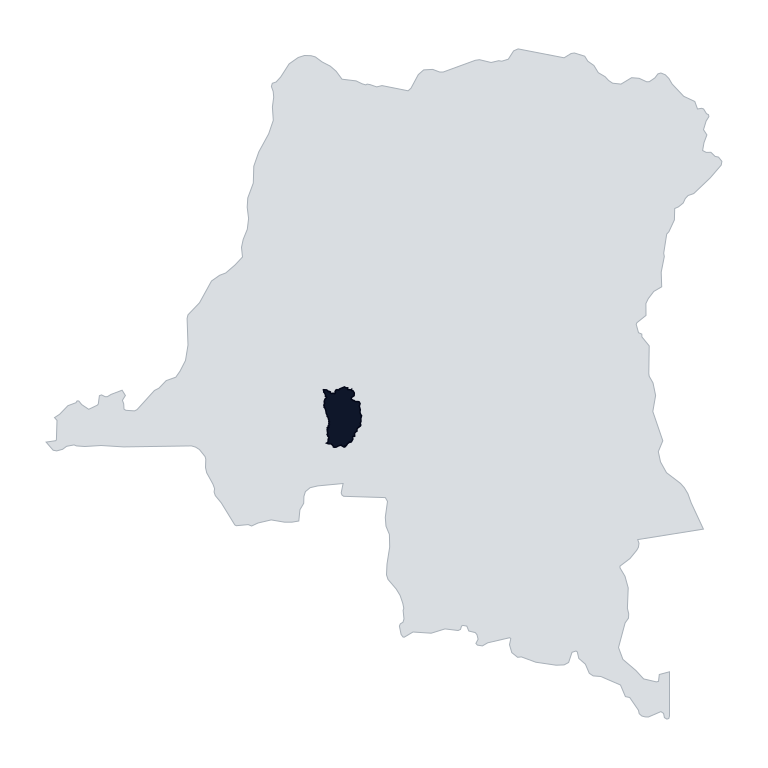 location of Ilebo, Kasaï-Occidental, Democratic Republic of the Congo
{"feature_id": "63176286B19501088760626", "entity_name": "Ilebo", "entity_type": "district", "adm_level": 2, "iso_a3": "COD", "parent_name": "Democratic Republic of the Congo", "parent_adm1": "Kasaï-Occidental", "projection": "mercator", "projection_center": [20.49, -5.056], "detail": "medium", "context": "in_parent", "style": "filled", "palette": "ink", "viewbox_px": 768, "rotation_deg": 0, "n_neighbors": 0, "source": "geoboundaries", "source_scale": "gbopen_adm2", "svg_char_len": 5513}
<svg xmlns="http://www.w3.org/2000/svg" viewBox="0 0 768 768"><path d="M703.4,529.1L637.7,539.6L639.0,543.3L638.4,547.3L636.7,550.3L630.0,558.5L620.0,566.1L620.0,567.9L625.0,576.3L628.2,587.9L627.4,608.3L628.7,613.8L628.5,618.1L625.1,622.9L618.5,647.5L622.9,659.4L636.0,670.6L643.6,678.9L656.4,681.9L658.5,681.4L659.3,674.5L669.5,671.8L669.5,716.0L668.8,718.5L666.9,719.1L664.4,717.6L663.6,713.4L660.9,711.6L648.4,717.0L645.2,716.9L641.8,716.0L639.2,713.7L638.5,710.3L629.7,697.5L625.4,696.6L620.5,685.0L600.8,676.5L593.2,675.9L589.3,673.3L585.4,664.2L578.8,658.4L577.3,651.9L576.0,651.0L572.0,652.3L568.6,662.5L564.1,664.9L556.1,665.2L535.8,662.2L521.4,656.9L517.6,657.3L511.8,652.6L509.5,644.7L510.8,638.6L509.7,637.7L487.7,642.8L482.4,645.9L477.4,645.1L475.9,643.4L478.1,639.2L477.0,634.7L475.3,632.6L468.8,631.0L466.8,626.1L462.8,625.4L461.5,626.1L460.5,629.4L458.1,630.5L445.0,628.9L431.2,633.2L413.0,632.0L404.2,637.2L403.0,637.0L401.1,634.4L399.4,626.1L400.3,623.9L403.0,622.2L404.0,618.9L403.1,610.3L403.8,608.3L402.8,603.3L400.1,595.4L396.2,589.0L388.0,579.4L386.5,574.8L387.0,564.1L389.7,547.0L389.4,534.4L386.0,526.2L385.3,517.3L387.5,501.4L385.3,497.6L343.7,496.3L342.0,495.1L341.2,492.9L343.1,483.5L317.7,485.9L310.1,487.7L305.4,491.6L303.9,496.4L303.7,503.3L299.9,509.8L298.8,521.0L291.8,522.2L284.7,522.2L271.2,519.9L258.0,523.0L251.6,526.0L248.2,524.6L236.3,525.7L234.8,524.9L221.3,502.9L215.3,495.6L214.1,492.0L214.6,488.6L212.9,484.0L206.7,472.8L205.5,467.5L205.8,459.3L205.1,456.6L199.4,449.5L195.6,447.1L191.5,445.9L123.6,446.9L101.1,445.5L84.7,446.5L76.4,445.9L74.1,444.9L66.6,446.3L62.6,449.3L56.7,450.9L53.1,450.2L46.1,442.1L55.7,440.7L56.4,439.9L57.0,420.4L54.5,417.6L59.6,414.3L67.9,405.7L76.0,402.7L77.1,400.9L78.8,401.0L81.7,404.6L88.7,409.3L97.3,405.2L98.3,404.0L99.4,395.7L101.5,394.9L105.2,396.7L107.3,396.7L111.1,394.4L122.1,390.2L125.4,395.5L122.4,400.3L123.7,403.8L124.0,409.1L125.8,410.3L134.5,410.9L137.1,409.6L154.4,390.5L158.9,388.2L166.2,380.6L175.8,377.2L180.0,371.2L185.5,360.5L188.0,345.1L187.1,318.4L188.0,314.8L199.5,302.8L211.5,281.0L219.6,275.3L225.7,273.0L235.0,265.0L242.5,257.0L241.5,247.4L243.2,239.4L247.3,229.3L248.6,218.5L247.2,207.2L247.8,197.9L253.3,183.1L253.8,166.2L258.8,151.9L268.7,133.8L273.3,120.3L272.4,107.0L273.7,97.2L273.2,91.5L271.4,86.5L272.3,83.3L276.1,82.0L280.7,77.0L289.1,63.9L298.2,57.5L304.5,55.5L311.0,55.7L315.3,56.9L322.2,62.0L330.2,66.1L336.1,71.2L342.0,79.2L356.1,80.9L362.1,83.8L365.8,84.9L367.1,84.1L370.0,84.6L376.7,86.9L382.0,85.6L408.1,90.8L411.0,88.2L418.3,74.6L423.7,69.9L432.7,69.4L439.6,72.0L443.3,72.0L475.3,60.3L479.5,59.7L491.1,62.5L498.7,60.7L501.8,61.2L508.3,59.2L513.6,50.9L518.1,48.9L564.1,57.8L571.1,53.5L574.4,53.0L584.7,56.2L587.8,61.2L593.9,65.5L598.3,72.7L605.1,76.7L608.6,80.5L612.6,83.2L621.0,84.1L631.6,77.7L639.1,78.3L646.7,81.8L649.3,81.7L654.9,77.9L657.9,73.9L660.9,73.0L665.3,74.8L668.9,78.5L672.1,84.0L683.7,96.3L694.8,101.5L697.5,109.0L701.6,108.3L703.6,109.0L706.5,113.7L708.5,114.7L708.9,116.6L706.1,121.1L703.5,129.7L706.9,134.9L704.0,142.6L702.6,150.5L706.2,152.4L710.9,152.3L715.1,156.4L718.5,157.1L721.9,161.4L721.2,165.1L710.2,177.9L693.7,193.6L688.1,195.5L685.3,198.5L683.2,203.0L678.4,206.9L674.7,208.5L674.4,219.9L668.9,231.7L666.7,234.1L663.7,253.2L664.3,256.5L661.2,272.2L661.7,286.8L653.8,291.4L648.3,298.6L645.9,303.5L646.0,315.4L636.9,322.7L636.2,324.3L638.5,332.7L641.8,334.1L641.9,336.9L649.2,345.9L648.8,373.6L649.2,376.3L653.0,382.9L655.6,395.5L652.8,411.5L662.8,440.8L658.3,451.6L660.5,461.9L666.5,472.7L680.5,483.4L684.3,487.7L687.9,493.7L691.2,502.9L703.4,529.1Z" fill="#d9dde1" stroke="#a8b0b8" stroke-width="1"/><path d="M326.6,443.1L328.3,443.8L331.2,443.9L333.2,445.9L333.4,447.0L334.7,447.3L336.2,447.1L338.6,445.8L341.3,445.1L341.4,445.5L344.1,447.1L344.6,446.9L344.4,446.8L345.2,446.4L345.1,445.8L345.7,446.0L346.7,445.0L347.6,443.5L348.7,442.9L349.3,441.9L350.0,442.3L351.3,441.9L352.9,439.1L352.6,437.2L352.7,436.6L353.1,436.2L354.2,436.4L354.7,436.2L354.5,433.3L355.8,431.8L357.0,431.1L356.9,429.4L357.6,428.0L359.0,427.2L359.3,426.4L360.1,426.3L360.7,425.5L360.7,424.5L360.2,423.4L361.0,421.3L360.8,418.6L361.6,415.7L360.6,414.3L359.9,412.1L360.3,409.8L359.3,406.1L360.1,403.6L359.1,401.8L358.6,401.6L355.2,401.5L353.8,400.3L353.1,400.6L352.1,399.6L351.2,399.2L351.5,397.5L354.1,395.7L354.3,393.4L354.2,392.7L353.0,390.8L351.7,390.6L351.6,389.3L351.0,389.8L348.0,389.6L347.6,389.4L347.7,387.8L345.9,387.8L344.5,386.9L339.4,389.0L338.8,390.0L336.9,389.6L335.7,390.2L335.0,391.9L335.4,392.6L334.7,393.7L333.1,393.2L331.4,393.6L330.5,393.1L330.4,391.9L329.3,391.4L328.2,391.6L327.9,390.8L326.6,389.9L323.5,389.7L323.3,389.9L323.8,390.7L323.7,392.1L324.5,392.8L325.5,395.0L325.4,396.3L326.0,396.5L326.6,397.3L325.5,398.7L325.2,398.8L324.4,400.7L324.2,401.5L324.6,402.2L324.3,402.6L324.7,403.3L324.0,404.4L324.3,405.2L323.9,405.7L324.3,406.1L324.1,407.3L324.6,407.6L325.2,408.7L325.8,410.5L326.3,413.6L327.2,415.1L327.1,416.3L328.1,417.3L328.2,418.1L328.6,418.4L328.5,419.4L329.1,420.6L328.8,421.3L329.3,421.8L328.9,422.0L329.2,423.2L328.8,423.6L329.4,424.7L328.3,425.4L328.7,426.9L328.1,426.8L327.5,427.4L327.8,427.6L327.3,427.7L327.7,428.8L327.3,428.8L327.1,429.8L327.5,430.1L328.1,429.8L327.3,430.3L327.4,431.6L327.7,432.3L328.5,432.3L327.5,432.3L327.7,433.1L327.3,434.1L327.7,434.0L327.6,435.6L328.3,436.1L328.0,436.4L328.9,437.3L328.8,438.4L328.4,438.6L328.6,439.7L328.1,439.8L328.2,441.4L327.5,442.6L326.6,443.1Z" fill="#0f172a" stroke="#020617" stroke-width="1.5"/></svg>